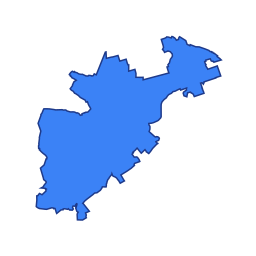 Vandzenes pag., Talsi, Latvia, rotated 352°
{"feature_id": "27541924B44124722370544", "entity_name": "Vandzenes pag.", "entity_type": "district", "adm_level": 2, "iso_a3": "LVA", "parent_name": "Latvia", "parent_adm1": "Talsi", "projection": "mercator", "projection_center": [22.859, 57.331], "detail": "fine", "context": "isolated", "style": "filled", "palette": "blue", "viewbox_px": 256, "rotation_deg": 352, "n_neighbors": 0, "source": "geoboundaries", "source_scale": "gbopen_adm2", "svg_char_len": 5576}
<svg xmlns="http://www.w3.org/2000/svg" viewBox="0 0 256 256"><g transform="rotate(352 128 128)"><path d="M45.5,202.7L50.3,199.8L52.4,199.9L52.6,199.1L53.5,199.2L53.9,199.1L56.9,200.1L57.7,199.7L57.8,200.0L58.6,200.8L59.0,201.2L59.6,201.2L61.5,201.6L62.6,200.6L62.0,199.2L62.3,198.2L62.8,197.6L64.8,198.1L65.1,197.4L65.8,196.4L66.5,195.8L66.9,196.1L66.7,196.8L65.6,199.4L65.3,199.2L65.1,200.3L65.2,200.8L65.4,201.5L65.5,202.4L65.7,203.0L65.8,203.5L66.9,204.4L66.1,205.4L65.6,206.5L65.1,211.9L68.9,212.6L69.2,212.6L70.2,212.8L74.2,211.1L74.1,210.9L74.1,209.4L74.6,208.4L74.1,206.2L78.1,205.1L73.0,196.4L72.8,196.3L73.5,195.6L75.4,194.0L78.0,192.4L84.1,189.0L85.8,187.8L88.3,187.8L92.0,185.8L93.8,183.8L94.4,182.7L98.1,183.3L98.5,182.2L98.8,180.3L99.3,179.7L99.8,178.2L100.9,176.2L101.9,175.5L102.6,174.4L105.6,171.5L105.7,171.2L105.8,171.6L105.9,172.6L106.5,173.5L106.8,173.8L107.6,174.2L108.8,175.0L109.5,175.7L110.0,176.3L110.6,177.6L111.7,179.4L112.1,180.5L112.6,181.6L117.1,179.9L116.4,178.5L114.4,173.5L115.5,173.0L117.8,172.0L121.0,170.6L125.8,168.2L126.6,167.6L128.8,166.2L128.6,166.1L129.5,164.0L134.8,162.9L135.1,162.7L134.8,162.0L134.8,161.9L134.6,160.9L133.4,158.6L132.7,157.9L130.1,157.7L128.4,154.5L129.9,153.2L129.4,152.7L132.2,150.9L134.2,149.2L137.6,154.8L137.8,154.7L141.8,151.8L142.7,153.5L142.8,154.2L142.9,154.3L143.6,154.7L144.9,156.2L145.0,156.2L147.1,154.3L149.5,151.7L154.1,148.1L154.5,147.8L155.1,147.7L155.4,147.4L154.0,146.2L153.7,145.4L155.6,144.7L156.6,144.5L157.4,143.1L157.6,142.5L157.1,141.6L156.3,140.9L155.0,140.5L154.3,140.8L153.3,140.3L148.4,134.5L149.5,132.3L149.9,130.0L149.9,129.4L149.8,129.0L149.2,127.9L149.2,126.4L151.7,126.5L152.8,126.4L154.1,126.2L158.0,125.1L158.7,124.8L159.2,124.6L161.9,122.4L162.2,121.8L162.4,121.4L163.8,111.1L164.0,110.0L164.2,109.0L164.6,108.2L165.2,107.1L165.6,106.6L166.8,105.6L167.7,104.8L170.1,103.5L170.6,102.9L171.3,102.0L172.7,100.8L173.2,100.5L175.7,99.7L176.2,99.4L177.3,98.5L177.7,98.2L178.2,98.2L179.6,98.1L180.1,98.0L182.3,97.2L185.0,96.4L185.4,97.8L191.6,96.6L191.4,97.3L191.1,98.2L191.2,98.6L188.2,100.1L187.9,100.4L187.5,101.2L187.9,103.9L190.6,105.3L191.9,101.5L194.7,101.1L195.4,101.7L195.4,102.1L196.2,102.5L197.3,103.6L197.6,104.5L197.9,105.8L198.0,106.1L208.1,104.2L207.7,101.9L207.5,101.6L206.8,98.4L206.8,98.2L207.0,98.4L206.8,97.1L206.1,93.7L207.4,93.5L208.1,94.2L208.7,95.1L209.0,94.6L208.8,94.2L209.0,94.3L209.6,93.8L209.7,92.9L221.8,90.7L221.7,90.4L223.1,90.1L223.4,90.0L227.1,89.4L225.4,80.9L225.0,78.9L223.0,79.4L215.2,80.9L215.0,80.2L213.9,77.8L213.6,76.7L214.1,75.9L213.5,75.3L213.5,74.8L213.1,73.3L213.2,73.2L213.2,72.8L214.4,72.7L214.5,71.6L219.1,70.9L219.7,73.1L220.9,73.8L221.5,73.7L222.0,74.1L222.2,74.8L229.8,73.6L228.9,72.5L228.8,72.2L226.2,69.7L226.7,69.2L226.8,68.9L226.0,68.3L225.0,67.2L224.6,66.9L224.1,66.2L223.8,66.0L223.6,66.1L223.1,65.9L222.7,65.3L222.7,65.0L222.5,64.8L222.3,64.7L221.7,64.9L221.5,64.7L221.5,64.1L221.4,64.0L220.1,63.8L219.8,63.6L219.6,63.2L219.1,62.8L219.0,62.5L215.1,60.3L209.8,57.6L206.4,57.0L201.2,54.1L200.7,55.1L198.1,53.3L197.9,52.0L197.6,50.6L197.4,49.5L191.8,44.8L191.2,45.3L190.4,46.6L190.4,47.0L190.3,47.4L188.1,47.8L187.8,46.9L186.6,45.0L185.9,44.9L185.7,44.3L184.8,43.7L184.1,43.5L183.3,44.8L180.4,43.5L178.9,43.2L178.5,43.7L176.7,44.3L173.3,44.9L174.3,51.4L174.4,53.2L173.1,55.0L173.9,55.9L173.8,56.2L174.5,57.1L174.7,58.2L178.3,57.3L180.6,58.4L181.8,60.5L182.1,60.7L182.0,63.0L181.3,64.0L179.5,65.9L178.0,69.5L177.2,70.0L176.8,70.6L176.3,71.0L176.5,71.7L176.6,72.8L175.1,73.0L175.7,77.1L176.2,79.2L149.7,82.4L150.0,79.9L147.4,79.6L142.9,78.9L143.5,75.1L143.0,70.9L136.6,71.8L137.5,65.6L136.8,65.5L136.3,63.7L135.7,59.6L129.2,60.6L128.7,57.7L128.2,54.8L122.8,55.5L121.2,55.5L116.3,56.0L116.4,54.3L116.8,49.6L116.1,49.7L104.0,70.9L102.1,69.7L100.9,71.3L99.7,71.5L99.1,71.2L99.0,71.3L98.2,70.8L96.5,70.4L96.2,70.5L95.6,71.0L93.8,70.6L93.4,70.5L92.6,69.9L90.2,68.4L89.3,68.4L88.8,68.3L86.9,67.6L86.1,67.0L85.1,66.1L83.9,65.7L83.6,65.5L82.9,64.7L82.3,65.3L81.0,64.1L80.2,64.3L78.9,65.2L77.6,66.5L77.3,67.0L78.4,68.0L78.1,68.4L79.4,70.0L79.4,70.4L81.7,72.0L83.4,73.5L80.9,74.7L79.0,77.7L78.9,78.4L76.2,81.1L76.5,81.7L77.3,82.8L78.4,83.6L79.0,84.2L79.9,86.1L80.7,86.5L83.4,88.9L85.0,91.1L89.4,94.4L90.1,96.6L91.5,96.3L91.6,96.9L92.0,98.9L92.5,100.5L93.2,102.1L93.7,103.5L93.7,104.0L90.8,106.4L90.4,106.6L89.6,106.7L88.3,106.5L87.7,106.8L87.7,106.7L87.1,106.8L84.4,107.5L84.3,108.6L83.4,108.6L83.0,108.8L82.8,108.6L82.4,108.6L81.3,106.7L79.8,105.9L79.2,106.0L77.4,104.8L76.0,104.4L73.3,104.1L70.1,102.7L68.9,101.5L67.3,101.3L66.6,101.3L65.3,100.7L58.9,100.0L57.2,99.4L52.6,98.1L48.4,97.4L47.2,97.4L47.1,97.6L46.3,98.8L45.6,100.1L45.3,100.5L45.0,101.1L44.7,101.5L43.7,102.4L43.6,102.7L43.6,103.3L43.5,103.5L39.7,110.7L39.6,111.0L39.7,111.3L41.2,118.6L41.2,118.9L41.2,119.1L39.7,122.9L38.9,125.0L38.8,126.2L37.5,131.1L37.5,132.1L37.4,132.3L37.4,132.5L37.0,133.0L36.9,133.4L36.7,135.7L37.3,135.8L37.6,136.0L37.3,136.7L37.2,137.3L37.9,137.8L37.8,138.0L38.8,139.4L40.2,141.1L42.7,143.7L43.7,145.8L43.2,147.3L42.6,147.2L40.8,150.9L39.8,152.9L35.7,155.6L37.2,165.7L37.3,167.2L37.4,167.4L37.5,167.6L39.0,169.1L39.5,170.0L39.4,170.5L39.1,170.9L36.9,173.0L36.0,174.2L35.5,174.6L33.6,175.3L37.6,176.2L38.6,177.1L38.0,177.4L38.1,177.5L38.0,178.9L38.0,179.0L33.6,182.1L31.2,180.5L30.0,181.6L29.4,182.4L28.2,182.5L27.7,186.7L26.2,193.0L26.3,193.2L27.4,194.3L29.0,195.4L35.1,197.0L36.2,197.2L41.5,196.4L43.2,197.0L43.2,197.5L44.0,197.4L44.6,197.6L44.6,198.1L44.9,199.5L45.2,201.6L45.5,202.7Z" fill="#3b82f6" stroke="#1e3a8a" stroke-width="1.5"/></g></svg>